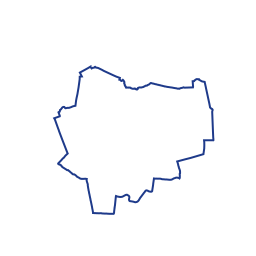 the district of Brezoaele, Dâmbovita, Romania, rotated 313°
{"feature_id": "2599482B97549882427292", "entity_name": "Brezoaele", "entity_type": "district", "adm_level": 2, "iso_a3": "ROU", "parent_name": "Romania", "parent_adm1": "Dâmbovita", "projection": "albers", "projection_center": [25.752, 44.562], "detail": "fine", "context": "isolated", "style": "outline", "palette": "blue", "viewbox_px": 256, "rotation_deg": 313, "n_neighbors": 0, "source": "geoboundaries", "source_scale": "gbopen_adm2", "svg_char_len": 5603}
<svg xmlns="http://www.w3.org/2000/svg" viewBox="0 0 256 256"><g transform="rotate(313 128 128)"><path d="M60.3,172.7L62.7,171.1L64.0,170.1L69.4,166.0L70.1,165.6L70.2,165.8L70.4,166.4L70.6,166.9L71.5,168.3L72.1,169.2L72.8,169.9L73.3,170.3L74.0,170.8L74.6,171.0L77.3,171.9L78.0,172.3L78.5,172.8L78.5,173.0L78.9,174.5L78.9,175.0L78.8,175.4L78.7,175.7L78.4,176.1L78.1,176.4L76.8,177.2L76.3,177.6L76.1,177.8L75.9,178.3L75.8,178.6L75.7,178.9L75.8,179.2L76.2,179.8L77.1,181.1L77.6,181.9L78.0,182.6L78.2,183.1L78.4,183.5L78.7,184.0L79.2,184.4L80.0,184.9L80.6,185.1L80.9,185.2L81.6,185.2L82.3,185.2L83.2,185.0L84.2,184.8L84.8,184.6L87.0,184.4L88.7,184.2L89.7,184.1L90.1,184.1L90.6,184.0L91.4,183.9L92.3,183.9L93.3,183.7L93.9,183.7L94.3,183.7L94.8,183.9L95.0,184.1L95.2,184.4L95.3,184.6L95.6,185.2L95.7,185.8L95.9,186.5L96.3,187.2L96.6,187.6L97.0,188.2L97.2,188.4L97.7,188.7L98.3,188.7L98.6,188.5L102.3,186.0L103.6,185.1L104.5,184.4L108.8,181.4L109.5,182.4L109.9,182.9L110.1,183.0L111.2,184.3L112.5,185.7L113.2,186.5L113.7,187.7L114.4,188.6L115.0,189.3L115.8,190.4L116.8,191.5L117.7,192.7L118.7,194.0L119.7,194.9L120.9,195.5L121.5,195.6L122.4,195.9L123.4,196.5L124.3,196.9L125.0,197.5L125.5,198.2L126.0,199.2L126.3,200.0L126.3,199.9L126.3,200.0L126.8,199.9L128.4,198.5L129.7,197.1L130.0,197.0L130.3,197.0L130.9,196.5L132.1,195.3L132.5,194.6L133.1,193.6L133.2,193.2L133.8,192.1L134.3,191.5L134.7,190.6L135.6,189.4L136.4,188.1L137.1,186.8L144.3,191.3L148.8,194.2L160.3,201.0L164.9,197.8L167.3,195.7L169.4,193.7L170.9,192.0L171.1,192.2L176.5,198.0L177.2,198.8L177.3,198.8L178.5,197.6L178.8,197.2L183.6,192.3L197.1,178.7L197.7,178.2L198.6,177.8L198.8,177.7L199.1,177.4L199.2,177.1L199.2,176.8L199.2,176.5L199.1,176.3L199.2,176.2L199.1,175.9L199.1,175.7L198.9,175.3L198.9,175.1L199.0,174.0L199.1,173.9L201.2,171.0L210.6,157.5L210.7,157.4L214.0,152.6L212.9,150.9L212.5,150.2L212.4,149.8L212.0,148.1L211.9,147.3L211.7,147.1L211.7,146.9L212.0,146.6L210.6,144.9L210.3,144.7L208.1,144.2L207.8,144.3L207.6,144.4L207.4,144.4L206.3,143.4L202.7,147.3L202.0,147.8L201.8,147.6L198.3,144.1L197.2,143.0L196.8,142.6L196.0,141.8L195.9,141.5L195.6,141.0L195.5,140.8L195.1,140.7L194.0,140.0L192.9,139.2L192.5,139.0L192.2,139.0L191.9,138.9L191.6,138.7L191.3,138.1L191.1,137.9L190.9,137.8L190.7,137.6L190.4,137.1L190.2,136.6L189.8,136.0L188.9,134.7L187.4,132.3L187.2,132.1L187.0,131.8L185.5,129.6L185.2,129.2L184.3,127.8L183.8,126.9L183.4,126.5L183.3,126.3L183.1,125.7L182.9,125.5L182.6,125.0L182.5,124.8L182.4,124.5L181.6,123.2L181.3,122.5L180.6,121.5L180.6,121.3L179.9,120.2L179.7,119.9L179.2,118.8L178.8,118.3L178.2,117.1L177.5,115.8L177.2,115.5L177.0,115.0L176.7,114.3L176.4,114.0L176.3,113.9L174.4,113.7L173.9,113.6L172.9,113.1L172.6,113.0L172.1,113.0L171.8,112.9L171.7,112.8L171.3,112.3L170.9,112.0L170.2,111.8L169.9,111.8L169.2,111.4L168.9,111.4L168.6,111.3L168.2,111.1L167.8,110.8L167.5,110.6L167.2,110.4L166.9,110.3L166.4,109.8L165.7,108.9L165.4,108.7L164.6,108.2L164.2,108.0L163.8,108.0L163.7,108.1L163.6,108.3L163.3,108.5L163.1,108.5L162.7,108.3L162.4,108.3L162.4,108.1L162.2,108.1L161.9,107.8L161.8,107.1L161.6,106.9L161.6,106.7L161.7,106.4L161.3,105.8L160.8,105.6L160.7,105.6L160.5,105.3L160.3,105.0L159.7,104.4L159.1,102.9L159.2,102.4L159.0,102.0L158.5,101.4L158.4,101.4L157.9,100.7L157.6,100.6L157.3,100.1L157.1,99.9L156.2,99.1L156.4,98.5L156.8,98.1L156.8,97.9L156.8,97.4L156.8,97.1L157.0,96.6L157.2,96.4L157.3,96.2L157.7,95.9L157.8,95.3L158.0,94.9L158.2,94.6L158.4,94.6L158.7,94.4L159.1,94.0L159.4,93.5L159.6,92.4L159.7,92.1L159.7,91.8L159.7,91.5L159.7,91.4L159.3,91.4L159.0,91.6L158.9,91.6L158.2,91.3L157.9,91.1L157.8,90.8L157.8,90.6L157.9,90.4L157.8,89.4L157.9,89.2L157.7,89.0L157.5,88.7L159.1,87.9L157.6,84.4L156.5,81.2L153.2,71.1L152.9,69.7L151.5,65.1L151.2,64.7L150.8,63.9L150.5,63.7L150.2,63.0L150.2,62.8L150.3,62.6L150.3,62.2L150.1,62.1L149.8,62.1L149.3,62.1L148.9,62.0L148.0,61.2L147.1,60.8L146.8,60.8L146.8,60.6L147.0,59.2L147.2,58.8L147.3,58.7L144.5,57.9L135.7,55.0L134.2,59.1L132.6,57.7L130.7,59.4L128.3,61.1L126.6,62.3L123.9,64.2L118.3,67.9L114.9,69.9L112.7,71.3L108.4,74.4L107.0,73.4L106.2,72.9L105.6,72.6L104.7,72.3L102.5,71.1L102.3,70.9L101.7,70.2L100.9,69.6L100.2,69.1L99.8,68.8L99.7,68.6L99.9,67.5L99.9,67.0L99.7,66.7L99.3,66.4L98.8,66.1L98.4,66.0L98.1,66.0L95.8,66.2L95.3,66.2L94.9,66.0L94.3,66.3L93.8,66.7L93.5,66.8L93.2,66.9L92.8,66.7L92.3,66.4L92.1,66.4L91.9,66.7L91.8,67.0L90.4,69.8L90.2,69.9L90.0,70.1L84.8,67.4L84.4,68.7L79.8,77.6L79.3,78.7L79.1,79.0L78.8,79.5L77.6,81.9L74.4,88.4L68.4,100.8L68.2,101.3L65.0,101.1L62.8,101.3L62.2,101.3L61.4,101.1L58.8,101.2L54.7,101.1L54.3,101.2L54.2,101.3L54.4,102.8L54.8,103.2L55.0,103.7L55.0,104.2L55.0,105.0L54.8,105.2L54.8,105.9L54.7,106.1L54.7,106.4L54.7,106.8L55.5,111.1L55.6,111.5L55.6,112.0L55.7,112.3L56.1,112.7L56.3,112.9L56.4,113.1L56.3,113.7L56.4,114.3L56.5,115.2L56.4,115.9L56.5,116.8L56.6,117.7L56.5,118.2L56.5,118.5L56.6,119.3L56.8,119.6L57.0,119.9L57.3,120.1L57.5,120.6L57.6,121.1L57.7,122.1L57.7,123.3L57.6,123.6L57.6,124.0L58.1,125.7L58.3,126.7L58.4,127.5L59.1,128.7L59.9,129.6L61.7,131.3L62.1,131.8L62.6,132.6L61.8,133.1L61.7,133.2L60.8,134.4L59.5,136.8L59.3,137.1L59.0,137.3L58.6,137.7L56.5,140.4L56.0,141.1L55.4,141.8L55.0,142.5L53.7,144.2L53.4,144.7L50.9,148.2L50.6,148.7L49.5,150.1L49.3,150.5L47.8,152.6L45.6,155.7L45.1,156.3L43.9,158.0L42.3,160.1L42.0,160.4L42.1,160.5L42.7,161.3L43.9,162.7L45.2,164.2L46.3,165.4L47.4,166.5L47.8,167.3L48.0,167.5L49.9,169.8L50.6,170.4L50.9,170.9L52.3,172.6L55.4,176.0L55.7,176.0L56.5,175.6L57.6,174.7L59.7,173.2L60.1,172.9L60.3,172.8L60.3,172.7Z" fill="none" stroke="#1e3a8a" stroke-width="2"/></g></svg>